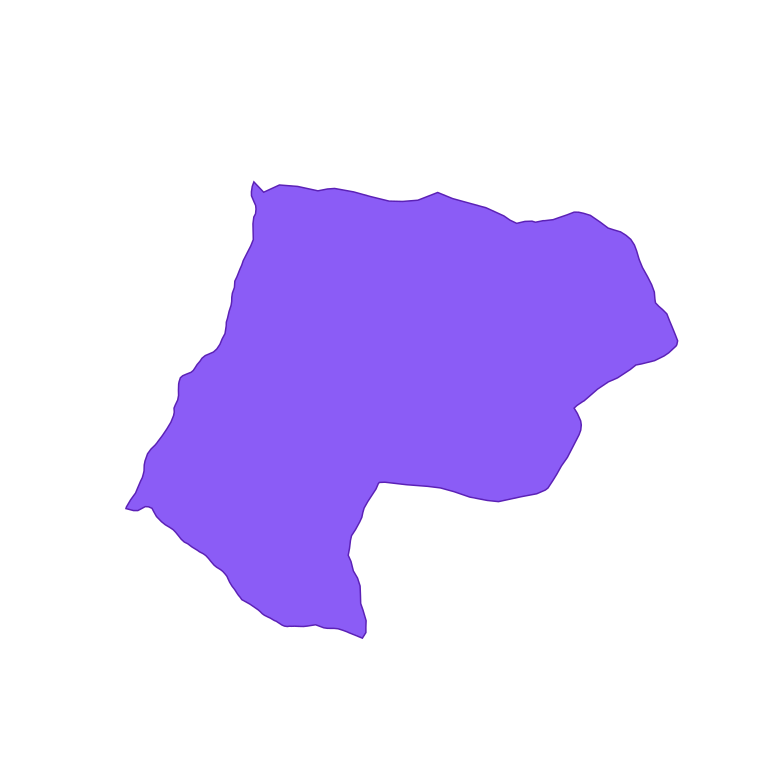 Tsakaling, Mongar, Bhutan (Mercator projection), rotated 34°
{"feature_id": "84629894B59294085379826", "entity_name": "Tsakaling", "entity_type": "district", "adm_level": 2, "iso_a3": "BTN", "parent_name": "Bhutan", "parent_adm1": "Mongar", "projection": "mercator", "projection_center": [91.245, 27.379], "detail": "fine", "context": "isolated", "style": "filled", "palette": "violet", "viewbox_px": 768, "rotation_deg": 34, "n_neighbors": 0, "source": "geoboundaries", "source_scale": "gbopen_adm2", "svg_char_len": 3254}
<svg xmlns="http://www.w3.org/2000/svg" viewBox="0 0 768 768"><g transform="rotate(34 384 384)"><path d="M508.2,606.8L508.0,600.2L505.0,595.8L501.5,590.2L492.9,583.1L487.4,579.0L482.9,572.7L479.4,567.9L477.1,564.8L470.6,559.7L463.1,556.1L455.9,549.6L450.1,546.0L447.3,539.5L443.7,532.5L441.9,527.9L441.8,520.6L441.0,512.0L440.2,507.0L438.3,502.3L436.9,498.0L436.3,490.4L436.1,475.5L435.0,469.8L435.2,468.2L439.7,464.9L459.0,454.9L477.5,444.4L488.9,438.6L502.3,434.1L518.3,429.8L534.7,422.8L544.7,417.5L560.9,400.6L572.0,389.6L577.0,381.8L578.1,378.6L578.0,369.7L577.7,362.2L576.9,352.7L577.1,342.4L575.7,330.4L574.1,317.0L572.9,312.2L570.5,307.7L567.7,304.6L560.8,300.3L555.1,297.7L556.0,293.8L558.6,287.4L559.3,286.1L562.5,274.2L563.9,268.9L568.8,256.8L574.2,248.3L580.1,234.2L582.2,227.4L586.3,223.3L595.3,213.3L600.5,204.2L602.6,199.0L604.9,189.2L604.8,187.7L603.3,184.0L598.3,180.5L591.3,175.8L585.2,171.8L579.3,167.7L573.8,166.6L568.3,165.9L563.7,164.9L561.1,162.1L556.7,156.6L550.5,152.1L542.8,147.8L533.1,142.9L526.8,138.7L525.3,137.6L518.9,132.3L513.8,128.7L507.7,126.1L504.3,125.7L501.5,125.4L495.0,125.6L488.4,127.7L482.6,129.4L472.9,128.9L460.8,128.8L454.2,130.8L449.4,132.7L445.5,135.2L441.1,141.5L435.8,148.5L432.3,153.2L425.8,158.8L424.6,159.6L419.1,165.2L415.7,166.2L409.9,170.4L404.2,176.6L396.8,177.7L389.4,177.6L370.2,180.8L337.2,191.9L321.4,195.2L309.3,212.7L297.4,222.2L286.0,229.5L267.8,236.2L251.4,241.7L233.7,249.5L228.0,254.0L221.2,260.8L201.9,268.5L186.0,277.5L177.0,292.3L163.1,289.2L164.3,293.9L166.6,298.8L168.9,302.1L174.6,305.8L177.8,307.8L180.1,310.6L182.3,314.7L182.7,318.4L185.8,324.5L188.7,328.6L194.9,337.4L196.3,343.9L197.4,353.0L198.3,360.4L199.6,365.0L200.3,369.1L202.1,377.3L202.8,382.1L206.0,387.6L207.5,393.5L209.3,397.2L211.6,400.8L213.2,404.2L215.0,410.5L217.5,417.0L218.7,420.9L220.7,424.1L224.0,431.1L224.6,437.1L225.8,442.9L225.8,448.5L224.7,452.9L222.3,456.7L219.9,460.4L218.7,464.4L218.7,468.1L218.2,472.3L218.3,476.6L218.3,479.4L217.5,482.2L214.8,486.1L212.5,489.7L211.7,492.7L212.9,496.8L213.8,498.9L217.0,504.0L220.1,508.4L221.9,512.6L222.7,518.0L223.4,521.4L225.9,524.7L227.2,527.8L228.7,534.9L229.1,542.6L229.1,550.6L228.7,558.2L228.7,559.6L228.4,562.6L227.2,568.3L227.0,574.1L228.9,581.4L230.5,585.2L233.7,590.3L234.8,593.2L236.0,596.8L236.5,600.6L237.9,607.9L239.0,613.4L238.8,618.3L238.7,621.9L239.2,629.9L239.7,631.6L247.1,629.0L250.7,626.6L252.9,622.5L254.6,619.2L257.4,617.5L261.2,616.8L264.7,618.7L269.5,621.1L276.6,622.6L281.4,623.0L286.5,622.7L290.8,622.7L294.0,623.4L298.7,624.8L302.7,626.1L306.8,626.7L310.6,626.2L315.7,626.5L322.6,626.2L324.8,626.3L329.1,625.8L332.3,625.9L335.8,626.7L340.4,628.1L344.4,629.2L347.7,629.5L352.1,629.3L355.0,629.5L358.3,630.3L361.4,631.3L363.3,632.5L366.8,634.6L371.1,636.6L375.1,637.9L379.5,639.8L381.6,640.6L383.8,641.2L386.7,642.3L395.7,641.5L406.1,641.6L408.5,641.9L411.5,642.5L414.1,642.6L418.7,642.0L420.3,641.7L425.4,641.4L427.1,641.0L432.3,640.9L434.1,640.9L436.8,640.4L439.5,639.1L441.0,637.7L442.8,636.6L445.3,634.8L449.2,632.4L452.8,630.1L456.0,627.4L458.0,625.5L461.9,621.9L463.4,621.5L470.4,619.8L473.9,618.1L479.1,614.6L482.8,612.6L487.9,611.1L492.1,610.1L494.0,609.8L508.2,606.8Z" fill="#8b5cf6" stroke="#5b21b6" stroke-width="1.5"/></g></svg>